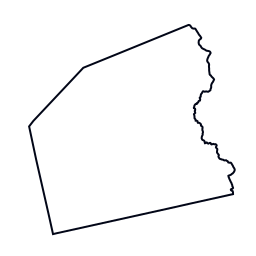 the district of Pailin, Krong Pailin, Cambodia, rotated 168°
{"feature_id": "14789045B44552774517246", "entity_name": "Pailin", "entity_type": "district", "adm_level": 2, "iso_a3": "KHM", "parent_name": "Cambodia", "parent_adm1": "Krong Pailin", "projection": "albers", "projection_center": [102.523, 12.778], "detail": "fine", "context": "isolated", "style": "outline", "palette": "ink", "viewbox_px": 256, "rotation_deg": 168, "n_neighbors": 0, "source": "geoboundaries", "source_scale": "gbopen_adm2", "svg_char_len": 3708}
<svg xmlns="http://www.w3.org/2000/svg" viewBox="0 0 256 256"><g transform="rotate(168 128 128)"><path d="M223.4,39.8L219.3,39.9L98.0,40.9L83.3,41.1L39.0,41.5L38.7,43.1L38.7,44.4L39.7,45.2L40.2,45.8L40.2,46.4L39.7,46.8L38.8,46.8L38.3,47.0L37.7,47.5L37.7,48.2L38.0,49.2L38.0,49.7L37.9,50.5L38.1,51.3L38.2,51.9L38.3,52.9L38.7,54.0L39.1,55.8L39.3,56.7L39.5,57.4L39.5,58.0L39.7,58.8L39.8,59.5L39.7,60.4L38.9,60.6L38.4,60.6L37.5,60.8L36.7,61.0L36.0,61.5L35.0,61.8L34.4,62.3L33.7,62.8L33.2,63.4L32.7,64.0L32.3,64.9L32.3,65.8L32.5,66.6L32.7,67.1L33.0,67.8L33.2,68.7L33.3,69.3L33.6,70.1L33.8,70.6L33.9,71.1L34.2,71.7L34.3,72.2L34.7,72.7L35.6,72.9L36.2,73.0L37.1,73.5L37.2,74.1L37.5,74.9L37.9,75.1L38.4,75.6L38.7,76.0L39.2,76.1L39.8,76.2L40.2,76.2L40.6,76.3L41.1,76.7L41.4,77.1L41.8,77.3L42.3,77.5L42.9,77.7L43.5,78.2L43.9,78.3L44.5,78.7L44.8,79.0L45.0,79.5L45.2,79.9L45.4,80.7L45.5,81.1L45.2,81.9L44.9,82.2L44.8,82.9L45.3,83.9L45.8,84.9L46.0,85.6L45.9,86.1L45.7,86.9L45.4,87.6L45.1,88.4L45.1,89.1L45.6,89.8L45.9,90.5L46.0,90.9L45.8,91.3L45.3,91.9L44.9,92.5L45.0,93.1L45.5,93.8L46.1,94.1L46.5,94.1L47.0,94.1L47.8,94.7L48.2,94.7L48.8,94.6L49.8,94.6L50.1,95.0L50.1,95.5L50.5,96.2L50.8,96.4L51.3,96.4L51.7,96.3L52.6,96.0L53.4,96.5L53.6,96.9L54.0,97.5L54.4,97.5L55.3,97.1L55.9,97.1L56.0,97.6L55.9,98.2L55.9,98.9L56.1,99.6L56.4,100.0L57.1,100.5L57.5,100.8L57.9,101.3L58.0,102.1L58.1,102.6L57.9,103.3L57.6,104.1L57.2,104.7L57.0,105.1L56.5,105.6L56.3,106.1L56.2,106.6L56.2,107.1L55.8,107.7L55.6,108.1L55.5,108.7L55.5,109.4L55.6,109.9L55.7,110.4L55.6,110.9L55.5,111.3L55.4,111.9L55.1,112.4L55.0,112.8L55.0,113.2L55.0,113.8L55.3,114.2L56.1,115.1L56.1,115.7L55.9,116.2L56.0,116.6L56.1,117.0L56.5,117.5L57.2,118.2L57.9,118.4L58.6,118.6L58.7,119.3L58.6,119.7L58.6,120.2L59.0,120.6L59.4,120.9L59.9,121.0L60.3,121.1L60.2,122.3L60.5,123.0L60.8,123.4L60.9,124.0L60.7,124.6L60.6,125.1L60.6,125.7L60.5,126.2L60.5,126.8L60.6,127.3L60.6,127.8L60.3,128.1L59.9,128.3L59.1,128.8L59.1,129.7L59.2,130.7L58.8,131.1L58.5,131.8L58.4,132.4L58.4,132.8L58.7,133.2L59.4,133.7L59.4,134.1L59.1,134.5L58.8,134.9L58.7,135.4L58.3,136.2L57.9,136.6L57.6,136.9L57.2,137.2L56.7,137.4L55.8,137.2L55.4,137.6L55.4,138.0L54.7,138.3L54.0,138.4L53.7,139.1L53.3,139.6L52.9,139.8L51.9,139.9L51.4,141.1L51.4,141.6L51.6,142.0L51.5,142.8L51.1,143.1L50.6,143.3L50.4,143.6L50.2,144.1L50.1,144.8L49.8,145.4L49.4,146.0L49.0,146.3L48.4,146.8L48.2,147.1L47.8,147.6L47.0,148.3L46.5,148.2L45.6,147.6L44.8,147.5L44.4,147.6L43.8,147.5L43.4,147.3L42.7,147.0L42.0,146.8L41.1,147.1L40.4,147.4L40.0,147.6L39.5,147.9L39.3,148.6L39.0,149.2L38.5,149.8L38.2,150.4L38.0,151.3L37.8,152.4L37.3,153.3L37.0,153.8L36.3,154.6L35.7,155.1L35.2,155.6L34.5,156.5L34.1,157.0L33.7,157.7L34.2,158.9L34.9,159.9L35.7,161.1L36.0,162.1L36.7,162.8L37.0,163.6L36.9,164.4L36.8,165.7L36.7,167.0L36.6,167.9L36.3,169.0L36.1,170.8L35.9,172.0L35.5,172.8L35.5,174.3L36.0,175.4L36.5,176.4L36.6,177.3L36.4,177.9L36.1,178.7L35.7,179.3L35.2,180.1L34.8,180.5L34.4,181.3L34.0,181.7L33.4,182.3L33.0,182.6L32.6,183.0L32.2,183.5L31.9,183.9L31.6,184.2L31.7,185.0L31.9,185.5L32.2,185.9L32.9,186.4L33.8,186.8L34.4,187.0L35.3,187.4L36.3,188.5L36.9,189.0L37.5,189.4L38.1,189.9L39.0,190.7L39.5,191.7L39.9,193.1L41.1,194.8L41.2,195.5L41.2,196.2L41.2,196.7L40.9,197.7L40.5,198.8L39.9,199.3L39.3,199.7L38.3,200.1L37.9,200.5L37.6,201.0L38.0,202.2L38.4,203.2L39.0,204.2L39.3,204.9L39.7,206.3L40.2,207.5L40.6,208.6L41.0,209.7L41.3,210.5L41.5,211.1L42.4,211.5L43.3,211.6L44.4,212.2L44.8,212.9L45.4,214.0L45.6,214.8L45.9,215.2L46.3,215.8L47.4,216.2L82.0,210.0L124.9,202.3L159.2,196.2L173.7,186.1L208.0,162.3L216.8,156.2L219.1,154.6L224.4,150.1L224.4,116.3L223.6,60.8L223.4,39.8Z" fill="none" stroke="#020617" stroke-width="2"/></g></svg>